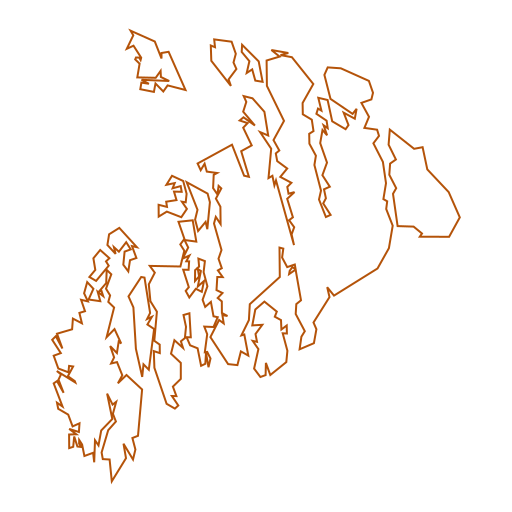 Solund nor, Norway
{"feature_id": "86288312B33021922891933", "entity_name": "Solund nor", "entity_type": "district", "adm_level": 2, "iso_a3": "NOR", "parent_name": "Norway", "parent_adm1": "", "projection": "mercator", "projection_center": [4.829, 61.105], "detail": "fine", "context": "isolated", "style": "outline", "palette": "amber", "viewbox_px": 512, "rotation_deg": 0, "n_neighbors": 0, "source": "geoboundaries", "source_scale": "gbopen_adm2", "svg_char_len": 6012}
<svg xmlns="http://www.w3.org/2000/svg" viewBox="0 0 512 512"><path d="M271.4,50.0L279.6,56.6L266.6,60.5L266.9,85.9L284.0,120.9L273.5,140.1L279.3,150.5L275.8,153.4L277.2,161.1L287.2,168.5L280.3,176.9L291.4,182.8L287.3,186.9L288.5,193.7L294.5,192.1L287.2,198.8L292.9,217.3L289.1,220.2L294.2,227.2L291.6,234.4L294.0,245.1L276.0,180.4L274.4,185.4L272.4,175.8L268.5,178.1L271.2,148.7L260.1,132.1L268.2,135.5L264.4,111.8L252.5,98.3L243.7,96.1L246.3,101.9L243.2,111.7L254.9,125.5L243.5,117.3L239.7,120.5L247.6,123.1L243.2,127.7L251.7,145.4L241.2,151.2L248.9,176.8L244.1,175.7L232.0,144.7L197.6,163.5L200.7,170.2L204.6,163.7L206.8,171.6L217.1,173.0L213.7,174.8L213.1,188.1L217.4,194.4L218.6,185.9L221.3,188.4L215.9,198.6L220.4,206.7L220.6,224.1L215.8,216.9L214.0,223.5L221.5,250.0L218.5,258.7L221.8,268.2L217.9,270.4L222.7,277.1L217.3,277.0L216.5,290.1L222.5,293.0L217.7,298.0L221.8,301.4L221.9,313.0L227.5,316.0L222.4,315.1L223.7,323.4L219.1,320.0L210.4,337.1L228.1,364.1L237.4,365.1L240.9,351.4L248.3,355.6L244.3,334.5L241.4,335.4L248.9,320.1L249.8,304.2L279.8,277.0L279.5,247.6L283.3,248.6L282.1,257.5L287.2,267.1L294.8,264.5L295.6,269.2L292.4,267.1L289.7,270.8L289.1,274.1L295.6,269.6L301.0,300.3L296.3,304.1L295.7,314.0L304.8,331.2L301.4,336.7L299.6,349.3L313.9,343.2L316.4,329.2L313.5,322.5L329.5,297.1L327.2,287.2L334.0,295.6L377.5,268.5L388.9,248.2L392.7,225.7L386.2,209.0L387.2,201.3L383.4,199.1L386.0,183.2L382.9,161.9L373.4,143.3L379.0,135.9L377.1,129.7L364.4,127.9L369.0,116.8L361.4,102.9L371.4,99.4L373.0,92.8L368.9,80.9L340.8,68.3L327.7,67.4L324.4,74.9L330.5,98.9L352.6,113.9L356.6,108.8L354.8,118.7L343.7,112.7L348.5,125.1L345.6,129.2L332.2,121.3L327.6,100.0L318.3,97.8L321.4,110.6L318.0,108.6L316.4,113.8L326.6,120.7L327.7,128.2L323.6,125.3L327.1,135.3L322.5,130.0L320.2,143.1L327.0,162.6L322.4,175.2L329.8,186.7L324.0,189.3L325.9,198.3L323.2,203.4L330.6,214.9L325.9,217.0L319.0,199.5L321.0,190.6L314.4,165.0L315.9,155.7L309.4,143.7L309.2,133.8L313.5,131.1L311.8,119.7L302.8,114.3L302.6,103.0L313.3,84.0L291.9,57.2L280.5,55.1L288.3,53.0L271.4,50.0ZM106.7,269.9L106.2,283.1L99.2,291.3L101.5,290.9L103.2,296.1L97.7,291.8L100.3,301.2L88.6,299.5L93.4,288.8L87.2,282.1L84.1,293.3L87.9,301.4L81.1,299.8L85.0,311.2L79.4,312.9L81.9,323.3L72.9,318.6L72.1,329.3L57.0,333.7L62.4,348.5L55.8,336.2L52.2,339.8L60.8,353.1L53.7,355.7L58.3,368.5L68.4,372.3L69.1,365.9L73.1,366.5L67.9,376.2L74.8,381.1L75.3,382.5L56.8,371.0L61.0,374.4L58.5,379.7L63.6,392.8L57.0,381.1L53.7,383.4L62.5,406.5L57.0,402.7L58.2,408.8L68.2,414.6L72.6,426.4L79.5,423.3L78.9,432.0L69.2,428.9L76.3,434.3L69.1,434.5L69.2,448.1L73.2,446.8L74.2,436.5L77.4,446.5L81.4,447.0L79.1,443.7L79.2,440.0L82.1,444.5L84.4,456.0L93.1,452.8L94.2,462.3L95.0,440.3L98.5,445.4L101.2,430.5L112.3,419.0L107.1,393.6L112.6,404.6L116.2,401.8L112.9,413.8L115.9,421.5L108.2,430.2L101.6,452.5L102.8,459.1L109.6,459.5L111.8,481.3L126.0,458.2L123.5,443.7L133.0,459.5L135.4,449.5L132.4,438.0L138.0,435.8L142.1,389.5L126.5,375.0L117.9,383.3L122.3,375.3L117.0,362.1L111.1,363.5L114.1,357.4L110.2,346.1L116.9,353.0L118.7,341.6L121.2,343.5L114.5,329.1L106.6,337.2L114.1,307.5L108.3,301.9L110.1,295.4L106.0,288.7L111.3,274.3L106.7,269.9ZM192.7,220.3L178.5,221.8L184.4,238.9L180.3,244.4L184.3,250.7L180.4,266.5L149.8,265.9L154.8,272.7L148.8,284.3L150.4,301.2L156.9,311.7L154.3,340.8L159.7,344.6L159.8,353.1L153.8,351.1L154.4,367.8L166.6,403.8L174.9,408.6L178.3,405.5L171.9,396.0L176.4,396.1L172.9,386.6L180.8,378.9L180.8,362.9L171.0,353.7L174.4,340.2L183.0,347.9L180.9,341.3L184.9,338.1L186.0,326.8L183.5,315.0L189.4,313.3L190.8,337.3L186.6,337.2L190.1,345.3L197.6,348.3L201.1,365.8L205.3,363.8L206.0,352.9L208.5,367.2L210.5,358.5L207.2,351.9L204.8,352.3L207.2,334.2L204.3,326.6L213.5,327.0L217.7,317.2L213.5,316.3L210.9,301.9L205.2,306.9L202.6,299.8L207.4,286.3L203.6,272.1L204.9,261.1L198.4,258.6L199.1,266.6L195.1,270.2L195.0,281.0L199.1,276.4L197.8,269.0L200.9,271.0L197.8,286.5L204.0,281.0L201.8,291.8L195.8,288.8L189.3,297.5L185.7,290.9L188.8,287.2L183.2,269.7L188.6,269.8L189.1,261.4L186.3,261.3L189.4,255.5L182.7,258.6L188.2,247.5L184.5,240.0L196.3,241.6L192.7,220.3ZM389.8,129.6L388.6,144.7L395.9,159.5L390.1,163.6L389.3,174.8L396.2,188.2L393.0,193.8L397.6,226.1L413.6,226.6L422.0,233.5L419.8,236.7L449.1,236.8L459.8,217.4L448.7,192.1L427.3,169.4L422.6,147.2L414.1,148.8L389.8,129.6ZM264.4,301.6L255.3,309.5L252.3,325.4L262.3,324.8L255.5,334.0L257.0,341.8L252.7,340.9L258.4,349.1L254.1,368.6L260.4,377.0L265.6,375.1L265.9,362.9L270.3,375.0L286.3,362.1L287.4,350.8L282.7,333.3L286.9,333.5L286.7,325.5L281.4,329.5L281.0,320.1L274.8,316.7L276.8,311.6L264.4,301.6ZM130.6,30.7L133.3,35.3L126.8,48.8L133.5,45.7L141.2,57.7L140.6,60.0L139.3,57.6L136.0,57.5L135.2,59.4L139.6,63.7L137.3,77.4L155.7,77.8L160.6,70.9L160.9,77.0L169.2,81.0L141.5,79.8L148.9,83.8L141.4,82.6L140.3,89.2L153.9,91.9L155.5,83.5L163.3,91.5L167.6,85.4L185.5,90.0L168.6,51.8L161.5,53.0L161.5,58.5L154.8,41.5L130.6,30.7ZM144.5,277.6L141.2,277.0L128.5,296.4L133.4,307.4L135.9,348.8L142.2,376.9L143.5,364.3L148.8,369.7L154.1,329.0L147.4,324.5L151.9,316.8L147.1,319.0L150.1,313.0L144.5,277.6ZM231.6,41.7L214.2,39.4L215.0,47.2L210.8,45.5L211.3,60.8L230.9,85.9L228.6,79.4L236.4,69.0L233.5,62.5L235.8,53.8L231.6,41.7ZM207.6,193.6L186.7,182.2L197.5,209.8L195.1,219.6L198.1,231.0L205.6,221.9L207.3,229.2L209.9,202.2L207.6,193.6ZM172.0,175.8L166.4,184.8L174.7,183.1L172.6,188.3L180.7,186.1L181.7,191.8L174.0,191.6L176.5,200.1L166.2,201.7L167.0,206.9L158.6,204.8L158.7,216.6L166.8,211.6L181.3,217.2L186.9,208.9L181.9,201.7L185.7,202.3L186.6,193.8L183.2,181.0L172.0,175.8ZM119.3,227.9L109.1,234.3L107.4,245.0L115.6,253.9L113.9,247.1L118.9,251.7L126.2,242.2L130.7,249.4L124.6,251.6L123.3,264.7L128.3,271.4L130.0,260.2L136.4,258.0L132.0,246.1L136.9,247.2L119.3,227.9ZM258.7,61.4L242.1,44.8L241.7,51.9L249.4,61.2L246.7,73.0L252.2,69.4L255.3,80.6L262.6,81.8L258.7,61.4ZM109.4,258.2L100.2,250.0L93.4,258.3L95.3,269.9L89.4,277.0L96.1,280.9L108.7,265.7L106.0,261.4L109.4,258.2Z" fill="none" stroke="#b45309" stroke-width="2"/></svg>